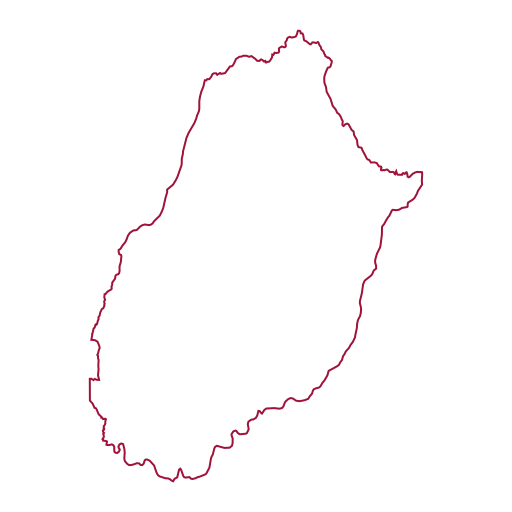 outline of Balibo, Bobonaro, East Timor
{"feature_id": "22284137B63057021325797", "entity_name": "Balibo", "entity_type": "district", "adm_level": 2, "iso_a3": "TLS", "parent_name": "East Timor", "parent_adm1": "Bobonaro", "projection": "equal_earth", "projection_center": [125.004, -8.961], "detail": "fine", "context": "isolated", "style": "outline", "palette": "rose", "viewbox_px": 512, "rotation_deg": 0, "n_neighbors": 0, "source": "geoboundaries", "source_scale": "gbopen_adm2", "svg_char_len": 5976}
<svg xmlns="http://www.w3.org/2000/svg" viewBox="0 0 512 512"><path d="M204.8,80.3L203.3,86.8L201.3,91.7L199.9,97.1L199.3,101.2L199.3,109.0L198.8,111.5L197.0,115.7L196.3,118.4L194.3,123.2L188.6,132.9L186.5,137.8L183.0,151.5L182.9,153.8L181.8,158.6L181.7,164.0L181.5,165.3L177.5,176.7L175.9,180.0L173.1,184.6L167.1,189.6L167.2,192.1L165.4,198.3L163.3,207.7L161.9,211.4L159.8,215.6L154.2,221.1L152.6,223.4L150.8,224.7L149.0,225.1L144.7,224.5L141.9,225.4L140.2,226.5L137.0,229.8L135.9,230.2L134.8,230.4L134.4,230.2L133.0,230.7L130.6,232.3L129.6,233.2L127.9,235.7L126.8,238.9L125.3,242.1L122.9,245.0L120.3,249.0L118.7,249.9L118.6,251.6L119.3,254.2L121.0,254.9L121.4,256.1L120.8,262.2L119.8,265.2L119.5,267.4L119.6,270.8L119.1,273.2L118.3,274.2L116.6,274.7L115.8,275.3L115.3,276.5L115.1,278.6L112.2,282.7L112.2,284.7L111.5,286.7L111.7,288.4L111.4,289.3L108.2,291.2L106.7,292.5L105.6,294.0L104.6,294.2L104.3,297.3L105.1,299.8L104.3,301.0L104.2,302.6L104.7,303.8L104.2,304.9L104.4,306.0L103.7,307.1L103.3,308.3L102.2,308.8L101.6,309.5L100.2,312.7L99.6,315.7L98.4,317.3L98.6,319.3L97.9,320.5L97.0,324.1L96.6,324.6L96.0,324.3L95.5,324.6L94.7,327.5L93.6,328.5L92.5,333.5L92.1,334.0L92.2,335.6L91.9,336.3L91.7,338.2L91.3,339.8L95.0,340.2L97.5,341.7L99.2,345.7L99.7,348.0L98.9,349.9L98.1,353.2L97.3,355.0L98.1,356.0L98.0,357.9L98.6,360.1L98.3,365.9L98.6,369.4L98.0,375.2L99.1,379.9L96.6,379.8L94.8,378.9L93.5,380.1L91.2,378.7L89.8,378.8L89.9,400.5L92.6,403.6L94.6,407.9L95.7,408.1L96.6,409.3L98.5,414.0L101.2,416.7L101.3,417.6L102.0,417.5L103.1,419.1L105.3,418.7L105.9,419.2L105.3,421.3L105.3,423.5L104.6,425.2L103.8,426.1L103.7,427.8L104.2,428.3L104.1,429.4L103.6,429.3L103.6,429.8L102.9,430.7L103.3,432.4L104.0,432.9L103.2,434.2L103.7,435.0L103.8,437.2L102.5,439.1L103.1,439.6L103.1,440.6L105.9,441.0L107.0,441.5L106.4,444.7L107.2,445.0L108.9,445.1L111.8,444.4L113.4,445.2L114.3,447.1L114.2,449.8L114.5,451.9L115.5,452.7L117.2,453.0L119.1,451.5L119.8,449.5L119.0,448.5L118.4,446.8L119.5,444.4L121.2,443.5L123.1,444.1L124.4,449.2L124.7,452.5L124.3,458.9L125.0,461.3L127.2,463.8L128.8,465.0L130.5,465.1L132.7,464.7L137.0,463.2L139.3,463.5L140.6,465.0L142.2,465.1L143.6,463.8L144.8,460.2L146.2,459.4L147.6,459.7L149.7,460.7L154.1,465.5L156.5,472.5L157.9,475.1L159.6,476.4L165.7,478.3L167.9,478.4L169.8,479.1L171.3,480.4L173.1,481.3L174.7,478.7L177.2,477.4L179.1,469.6L180.3,468.7L181.1,469.8L183.4,476.2L184.0,477.0L185.4,477.6L189.4,477.1L191.0,478.7L192.5,479.0L195.7,478.2L197.4,477.2L199.6,476.7L205.3,474.4L206.4,473.4L209.4,467.7L210.9,458.9L211.5,456.9L212.8,454.5L214.3,448.5L215.1,446.9L216.8,445.8L224.4,447.9L229.6,447.7L232.0,445.7L232.6,443.1L232.7,438.7L231.5,435.0L231.6,434.1L233.0,431.9L233.5,431.3L235.5,430.6L236.4,431.0L237.9,433.1L239.9,434.3L245.8,433.7L246.8,433.2L248.6,429.5L248.5,428.1L247.8,424.1L248.4,421.7L251.2,419.7L253.4,419.4L255.9,417.9L257.3,415.4L258.4,410.9L259.6,411.1L261.6,413.5L262.0,413.6L264.3,410.0L266.4,408.5L274.5,408.1L279.3,408.7L281.9,408.1L283.4,406.4L284.8,402.7L285.5,401.5L288.1,399.2L290.4,398.1L292.7,398.4L296.1,400.7L299.5,401.2L304.7,400.2L308.2,398.8L309.9,396.1L312.0,393.7L312.9,390.8L313.7,389.3L316.0,388.3L318.9,387.6L320.3,386.5L322.8,382.3L324.0,381.1L326.6,376.8L327.5,375.1L328.5,371.2L328.9,370.7L337.4,366.1L338.9,364.9L340.2,362.4L342.0,360.0L343.0,356.3L344.6,354.0L345.8,351.4L348.9,348.0L350.6,344.9L352.9,341.8L355.0,337.4L355.3,335.2L356.9,327.9L357.0,324.6L357.7,321.1L358.2,319.5L360.0,316.2L360.8,312.9L361.1,309.3L360.8,306.8L359.9,303.3L359.9,301.1L361.8,293.5L363.1,284.4L364.4,281.2L365.2,280.2L371.2,275.5L372.3,274.0L373.8,270.5L376.1,268.6L376.1,265.8L375.1,262.3L375.2,259.8L376.9,253.8L379.9,247.7L380.4,246.1L381.9,234.5L382.0,227.2L382.3,226.3L384.1,224.1L386.4,219.8L388.3,216.9L389.4,215.7L391.8,210.6L392.8,209.8L395.9,210.2L399.1,209.7L402.1,207.9L406.9,207.1L407.6,206.6L407.7,204.2L408.1,202.5L412.8,199.6L414.5,198.0L416.8,193.9L418.0,190.8L422.1,184.6L421.8,180.7L422.2,174.4L422.0,172.2L417.1,171.9L415.1,172.5L412.7,173.8L409.7,176.9L408.8,177.3L407.6,176.7L407.3,174.1L406.6,172.3L405.9,172.5L405.4,173.5L404.3,173.9L403.7,173.2L403.0,173.1L402.3,173.8L402.0,174.8L397.8,174.7L397.0,173.8L396.2,171.2L395.6,172.4L395.5,173.4L395.1,174.3L394.6,173.9L393.9,172.5L392.9,171.9L390.0,172.1L387.4,169.6L386.7,169.5L384.3,170.3L383.2,170.0L382.0,170.4L381.0,170.0L381.0,169.0L381.5,167.5L381.0,166.6L379.0,166.4L376.7,163.0L374.5,162.4L370.9,162.5L369.3,160.0L367.8,159.5L366.9,158.7L362.2,149.7L361.8,148.3L361.4,147.7L358.5,147.1L357.5,144.8L357.0,140.1L354.1,135.1L353.6,131.5L351.7,130.0L348.6,124.4L347.5,123.7L346.3,123.8L345.3,124.3L343.6,126.0L342.7,125.4L342.4,124.6L342.7,121.7L342.6,120.8L341.9,119.7L340.6,116.5L339.0,114.1L337.2,112.8L335.7,109.5L332.7,105.9L330.5,98.8L326.7,91.9L326.0,87.0L324.4,82.7L324.2,78.3L324.5,76.1L326.1,71.4L327.8,67.7L329.3,67.4L330.4,66.6L331.7,62.4L331.8,61.0L330.6,59.9L329.9,58.7L328.6,57.6L328.0,57.9L325.2,55.9L324.9,54.5L324.2,53.7L323.5,51.5L321.4,49.4L320.8,47.0L319.1,44.6L318.5,42.6L317.9,42.0L316.0,43.1L314.4,42.5L312.4,42.4L310.8,44.3L309.8,44.2L306.5,41.4L304.3,40.4L303.9,39.6L303.3,35.4L302.5,33.5L300.7,33.3L300.5,31.8L300.1,31.1L299.3,30.8L298.0,30.7L297.6,31.5L297.0,34.1L295.9,36.4L294.9,36.9L292.8,37.4L291.4,37.5L289.7,36.8L287.7,37.8L287.2,38.5L286.7,40.4L285.4,42.1L285.3,43.3L285.8,45.0L285.8,46.4L285.2,47.0L284.2,47.3L281.8,46.5L279.4,47.9L278.9,48.7L279.1,51.6L278.5,52.6L276.4,53.0L274.5,52.7L273.7,54.5L273.3,54.9L272.3,54.5L272.0,57.4L270.1,60.6L269.0,61.7L267.3,61.9L266.5,62.5L265.6,62.4L265.3,60.9L263.8,61.4L262.6,60.1L261.1,59.4L260.6,59.6L259.6,60.9L257.3,60.9L255.0,58.6L251.4,56.1L249.1,56.8L246.6,55.8L243.3,55.7L241.8,56.5L239.4,56.8L236.0,59.0L234.0,63.5L232.7,65.6L231.9,66.2L229.9,66.5L225.1,73.1L221.4,73.8L220.7,73.7L220.4,73.1L220.0,73.0L217.2,74.8L216.2,73.3L213.9,73.3L212.3,74.3L211.3,76.7L209.3,79.2L207.3,79.1L206.7,79.5L206.4,80.4L204.8,80.3Z" fill="none" stroke="#9f1239" stroke-width="2"/></svg>